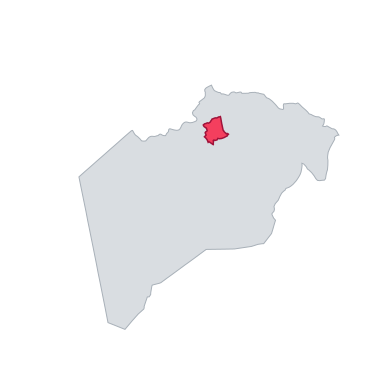 location of Djourf Al Ahmar, Sila, Chad, rotated 229°
{"feature_id": "50815135B90510100968968", "entity_name": "Djourf Al Ahmar", "entity_type": "district", "adm_level": 2, "iso_a3": "TCD", "parent_name": "Chad", "parent_adm1": "Sila", "projection": "robinson", "projection_center": [20.609, 12.361], "detail": "fine", "context": "in_parent", "style": "filled", "palette": "rose", "viewbox_px": 384, "rotation_deg": 229, "n_neighbors": 0, "source": "geoboundaries", "source_scale": "gbopen_adm2", "svg_char_len": 4657}
<svg xmlns="http://www.w3.org/2000/svg" viewBox="0 0 384 384"><g transform="rotate(229 192 192)"><path d="M277.6,116.6L277.7,125.0L277.7,133.3L277.8,141.6L277.8,149.9L277.9,158.3L277.9,166.6L278.0,174.9L278.0,183.3L278.0,186.0L277.8,187.1L277.7,187.3L277.4,187.5L273.5,186.7L271.8,186.7L269.5,187.3L266.0,187.6L263.7,187.5L262.1,188.9L260.9,190.6L261.5,194.8L261.4,196.1L260.9,197.6L259.9,198.8L258.8,199.8L258.2,200.6L257.4,202.5L256.8,203.4L256.9,204.5L256.7,205.8L256.0,206.4L254.4,206.9L253.4,207.4L252.5,208.3L251.9,209.0L252.2,209.9L252.7,211.0L252.9,212.9L253.1,214.0L253.9,214.8L254.4,215.5L254.5,216.2L254.1,216.9L252.1,218.2L251.3,218.7L250.4,219.4L250.0,219.7L248.6,220.9L247.8,222.1L247.5,223.0L247.5,224.3L248.2,226.2L249.0,227.9L249.4,229.1L249.5,230.5L249.5,231.8L249.1,232.9L248.3,233.9L245.6,235.8L244.2,237.9L243.2,240.5L242.9,241.8L243.2,242.8L243.8,243.6L244.6,243.9L245.8,244.1L247.7,243.6L249.6,243.4L251.5,244.3L252.5,246.4L252.2,248.0L252.9,250.8L253.6,254.2L253.5,255.3L253.8,255.8L255.0,256.0L255.3,256.8L254.9,262.8L255.5,264.5L256.3,265.6L257.2,266.3L258.2,267.1L258.6,267.6L259.7,267.8L260.9,268.8L261.3,270.3L261.2,271.7L260.5,274.7L259.9,276.8L259.2,276.6L257.8,276.1L256.0,275.7L253.9,275.4L251.9,276.2L249.7,277.3L249.0,278.1L248.4,278.5L247.4,278.5L246.5,278.6L246.0,279.4L245.2,280.2L242.1,282.0L241.4,282.6L241.0,283.2L241.0,283.9L241.3,285.3L241.3,287.1L240.6,288.5L239.8,289.5L238.9,289.9L238.1,290.1L237.6,290.7L235.9,293.9L235.2,294.5L233.7,294.4L229.6,299.3L229.1,300.7L227.6,302.8L225.7,305.1L224.0,306.1L223.8,306.6L223.4,307.0L222.3,307.5L218.6,310.3L214.2,310.1L212.2,311.2L210.3,311.7L207.5,312.2L206.7,312.2L203.1,312.4L198.9,312.3L197.3,312.7L195.8,313.8L194.7,314.7L194.6,315.0L194.7,315.4L194.7,315.7L197.6,317.9L198.3,319.0L197.6,320.1L197.2,320.3L196.7,321.2L195.0,323.7L192.4,326.7L191.1,327.6L190.5,328.2L189.8,330.2L189.4,330.4L187.6,330.7L184.0,330.9L179.1,331.6L176.2,331.8L174.3,331.6L171.8,333.0L170.8,333.3L170.3,333.5L167.7,334.8L165.6,336.9L164.8,337.3L161.8,338.1L160.7,339.6L160.1,339.7L158.2,337.8L156.9,336.1L156.3,334.4L156.2,333.8L155.8,333.9L154.8,334.7L153.9,335.5L153.4,337.2L150.3,338.3L147.7,339.3L146.5,340.5L144.6,341.1L142.3,340.9L140.4,340.4L138.6,340.2L139.5,338.7L139.8,337.6L139.9,336.2L139.8,335.3L138.7,334.8L138.1,334.1L136.5,329.7L134.9,325.3L132.7,320.9L130.3,318.1L128.5,316.4L128.0,316.2L127.1,315.6L126.4,315.1L123.2,312.2L119.9,308.8L119.0,307.3L117.4,305.0L115.5,302.7L114.5,301.6L114.1,299.7L115.4,298.0L116.8,295.8L118.5,294.3L120.7,294.2L124.3,294.8L128.2,295.0L132.1,294.6L133.1,294.3L134.1,294.3L136.1,294.8L139.8,294.7L141.6,293.8L139.6,292.3L137.5,289.9L135.5,287.3L134.2,284.9L133.1,281.8L132.1,278.1L131.5,273.2L131.6,270.4L131.9,268.4L133.1,265.2L132.3,263.3L132.5,261.8L132.4,259.5L132.1,258.3L130.7,254.6L130.4,254.2L129.2,251.6L128.6,247.2L127.3,244.4L125.0,243.0L123.7,241.3L123.3,238.3L122.4,237.5L118.8,236.5L115.9,236.5L113.8,233.1L111.0,228.8L108.5,224.8L106.9,216.8L106.0,212.2L107.1,210.8L109.2,207.5L111.9,201.2L118.1,191.5L121.2,186.6L127.4,179.2L135.1,170.1L139.4,165.0L140.1,155.6L140.9,145.7L141.6,138.3L142.3,129.4L142.9,122.0L143.4,116.7L144.0,109.0L144.5,107.6L147.5,101.6L147.8,100.8L147.2,99.8L143.0,94.7L141.7,93.5L141.0,90.9L142.1,89.4L137.1,80.9L135.9,79.8L135.3,78.8L135.3,77.2L135.2,71.3L134.0,62.1L132.3,51.3L138.3,48.2L142.8,45.9L148.5,42.9L153.9,46.0L161.5,50.4L169.2,54.8L176.9,59.2L184.6,63.6L192.4,68.0L200.1,72.5L207.8,76.9L215.5,81.3L223.3,85.7L231.0,90.1L238.8,94.5L246.5,99.0L254.3,103.4L262.1,107.8L269.9,112.2L277.6,116.6Z" fill="#d9dde1" stroke="#a8b0b8" stroke-width="1"/><path d="M213.8,239.2L214.9,240.1L215.7,241.0L216.8,241.7L217.0,242.3L216.4,243.0L215.9,243.0L214.9,245.1L215.5,246.7L214.4,247.4L213.0,249.4L212.0,252.0L211.5,254.4L211.2,255.1L211.5,255.9L211.6,256.1L211.7,257.4L212.5,257.3L213.2,256.9L213.2,256.6L213.3,256.1L213.6,256.1L215.4,255.9L216.9,255.8L217.4,256.1L217.8,256.0L218.0,256.0L218.7,256.3L223.4,258.9L223.5,258.9L228.6,262.0L230.3,262.9L230.5,262.3L231.3,261.1L231.3,260.5L231.6,259.3L232.5,258.4L232.9,257.7L233.2,256.9L233.4,256.2L233.6,255.7L233.9,254.9L233.6,254.3L233.3,253.0L232.8,251.5L233.1,249.6L234.0,249.1L234.4,248.3L234.5,247.5L234.9,246.9L235.2,246.2L235.2,244.5L234.5,244.2L233.8,244.1L233.1,244.1L231.7,244.5L231.2,244.5L230.8,244.8L229.7,244.3L228.3,243.7L228.2,242.6L228.4,241.7L228.0,240.7L227.5,240.6L226.9,240.4L226.0,240.1L225.7,240.0L225.7,239.2L225.5,238.3L225.5,237.6L223.9,237.8L223.1,237.8L221.9,237.7L221.1,237.6L220.7,237.4L220.3,237.3L218.9,236.8L218.9,237.6L218.4,237.9L213.8,239.1L213.8,239.2Z" fill="#f43f5e" stroke="#9f1239" stroke-width="1.5"/></g></svg>